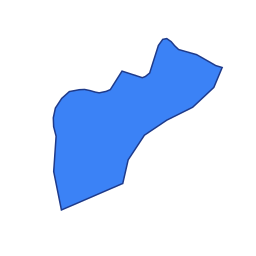 an SVG outline of Alger, rotated 105°
{"feature_id": "DZA-2195", "entity_name": "Alger", "entity_type": "Province", "adm_level": 1, "iso_a3": "DZA", "parent_name": "Algeria", "parent_adm1": "", "projection": "albers", "projection_center": [3.057, 36.732], "detail": "fine", "context": "isolated", "style": "filled", "palette": "blue", "viewbox_px": 256, "rotation_deg": 105, "n_neighbors": 0, "source": "natural_earth", "source_scale": "10m", "svg_char_len": 577}
<svg xmlns="http://www.w3.org/2000/svg" viewBox="0 0 256 256"><g transform="rotate(105 128 128)"><path d="M45.2,52.7L66.6,55.6L91.2,70.9L110.3,92.5L130.7,110.3L158.7,119.6L183.0,118.7L183.6,119.6L224.4,171.1L189.3,188.5L154.6,195.3L145.9,200.2L137.5,202.8L127.5,203.3L116.6,199.7L108.0,194.1L103.6,184.9L102.0,179.9L101.7,174.2L101.8,168.9L101.5,164.9L98.3,158.6L95.5,155.0L74.6,148.5L75.7,127.2L73.8,124.6L69.3,121.3L40.4,120.0L33.4,117.4L31.6,113.7L33.4,108.7L36.5,104.2L39.1,99.4L39.4,80.6L45.0,59.4L45.2,52.7Z" fill="#3b82f6" stroke="#1e3a8a" stroke-width="1.5"/></g></svg>